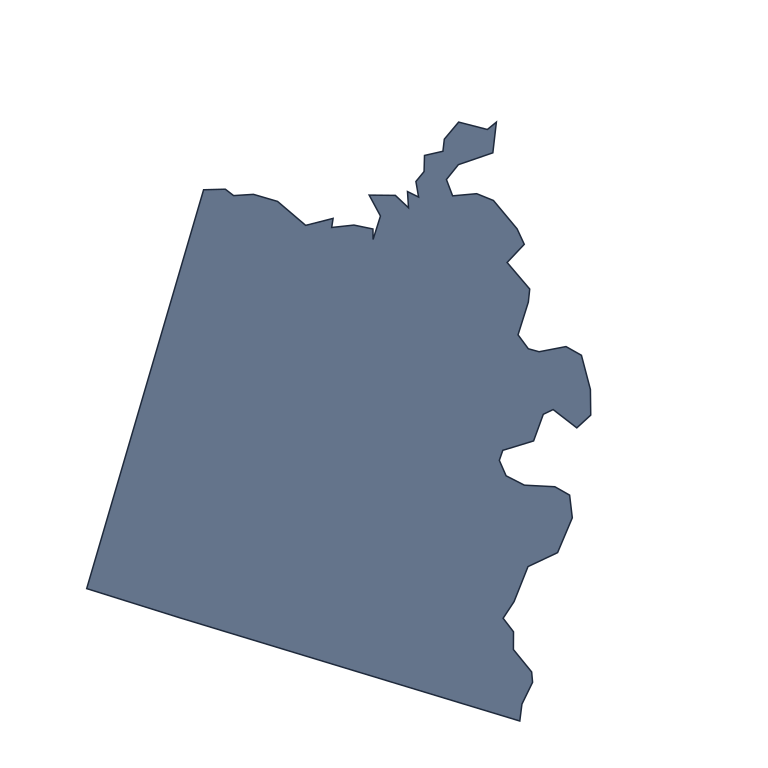 the district of Carroll, Missouri, United States of America, rotated 287°
{"feature_id": "52423323B35282580244163", "entity_name": "Carroll", "entity_type": "district", "adm_level": 2, "iso_a3": "USA", "parent_name": "United States of America", "parent_adm1": "Missouri", "projection": "mercator", "projection_center": [-93.364, 39.411], "detail": "fine", "context": "isolated", "style": "filled", "palette": "slate", "viewbox_px": 768, "rotation_deg": 287, "n_neighbors": 0, "source": "geoboundaries", "source_scale": "gbopen_adm2", "svg_char_len": 975}
<svg xmlns="http://www.w3.org/2000/svg" viewBox="0 0 768 768"><g transform="rotate(287 384 384)"><path d="M101.4,159.5L100.7,257.0L101.4,612.4L118.2,609.5L142.2,613.3L151.8,609.4L167.9,585.4L184.9,580.3L194.8,566.4L213.9,572.0L251.5,575.1L273.5,599.3L311.1,603.2L332.0,594.0L335.7,577.4L328.3,547.8L331.9,527.6L344.7,516.6L355.3,517.0L373.3,543.7L401.6,545.2L409.0,553.2L398.4,581.2L414.7,590.8L439.1,583.0L469.2,564.4L473.0,547.1L460.2,522.9L459.9,511.7L470.2,497.8L504.5,498.1L517.4,495.6L536.2,466.2L558.6,477.3L571.3,465.9L591.5,435.0L593.1,417.0L584.0,394.6L597.8,383.9L615.5,391.0L636.9,420.5L667.3,414.9L657.6,408.4L656.3,378.8L635.8,370.1L623.8,372.3L614.4,355.9L598.9,360.2L587.0,355.3L572.9,362.4L574.9,350.2L559.7,355.9L567.7,339.7L560.3,314.6L543.6,331.5L519.0,331.3L529.0,328.1L527.2,308.8L518.4,288.2L527.5,286.9L512.8,262.7L527.5,228.8L527.2,203.7L520.2,185.1L523.9,175.3L517.0,154.7L101.4,159.5Z" fill="#64748b" stroke="#1e293b" stroke-width="1.5"/></g></svg>